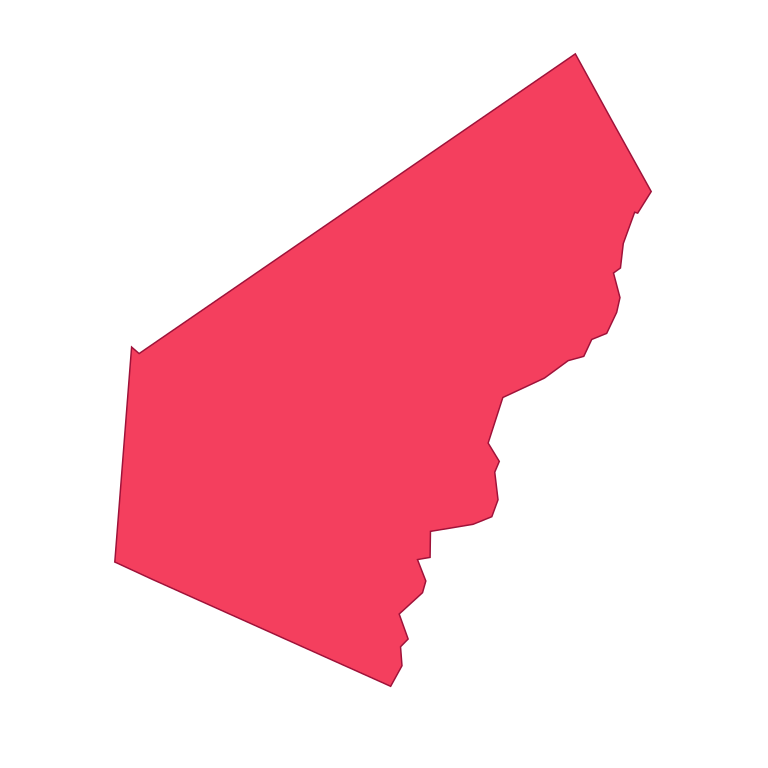 Bee, Texas, United States of America (Robinson projection), rotated 82°
{"feature_id": "52423323B86725714839987", "entity_name": "Bee", "entity_type": "district", "adm_level": 2, "iso_a3": "USA", "parent_name": "United States of America", "parent_adm1": "Texas", "projection": "robinson", "projection_center": [-97.679, 28.425], "detail": "fine", "context": "isolated", "style": "filled", "palette": "rose", "viewbox_px": 768, "rotation_deg": 82, "n_neighbors": 0, "source": "geoboundaries", "source_scale": "gbopen_adm2", "svg_char_len": 624}
<svg xmlns="http://www.w3.org/2000/svg" viewBox="0 0 768 768"><g transform="rotate(82 384 384)"><path d="M154.8,121.7L83.7,148.6L319.8,622.3L312.3,628.8L522.1,675.2L522.8,675.4L545.1,640.8L684.3,419.5L665.5,405.4L646.5,404.2L639.9,395.6L613.9,401.0L596.0,374.9L584.9,370.0L562.5,375.3L562.1,362.5L536.4,358.5L535.3,315.2L530.4,295.7L514.5,287.2L486.7,286.6L476.7,280.6L457.0,289.1L413.9,268.2L400.4,224.2L386.5,198.4L384.4,182.3L368.8,172.1L364.8,156.4L345.4,143.6L331.3,138.3L306.0,141.3L302.0,133.7L278.2,127.5L248.8,111.9L250.1,109.0L230.6,92.6L154.8,121.7Z" fill="#f43f5e" stroke="#9f1239" stroke-width="1.5"/></g></svg>